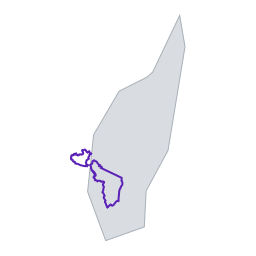 location of Ngatpang, Aimeliik, Palau
{"feature_id": "81905179B51358963868347", "entity_name": "Ngatpang", "entity_type": "district", "adm_level": 2, "iso_a3": "PLW", "parent_name": "Palau", "parent_adm1": "Aimeliik", "projection": "mercator", "projection_center": [134.507, 7.458], "detail": "fine", "context": "in_parent", "style": "outline", "palette": "violet", "viewbox_px": 256, "rotation_deg": 0, "n_neighbors": 0, "source": "geoboundaries", "source_scale": "gbopen_adm2", "svg_char_len": 4647}
<svg xmlns="http://www.w3.org/2000/svg" viewBox="0 0 256 256"><path d="M144.3,226.9L105.7,240.6L87.6,191.6L93.6,134.8L119.2,91.1L147.0,77.1L152.7,72.1L179.7,15.4L185.0,46.7L168.0,150.5L146.1,190.9L144.3,226.9Z" fill="#d9dde1" stroke="#a8b0b8" stroke-width="1"/><path d="M95.1,180.2L95.6,180.2L95.8,180.1L96.3,180.4L97.3,181.2L97.6,180.7L97.9,180.6L98.3,180.8L99.1,180.9L99.8,180.9L100.3,180.8L100.9,181.3L101.1,181.6L101.4,181.8L101.9,181.5L102.4,181.7L103.2,181.5L103.5,181.7L104.1,182.0L104.0,182.6L103.0,184.3L102.9,184.6L102.9,185.0L103.0,185.3L103.8,186.6L103.9,186.9L103.9,187.2L103.8,187.6L103.4,188.2L103.4,188.4L103.3,188.8L103.4,189.5L103.4,189.8L103.3,190.1L102.9,190.9L102.8,191.3L102.5,192.3L103.0,192.6L104.5,195.5L104.6,195.9L103.9,196.6L103.7,197.2L104.0,198.3L105.5,200.7L105.0,201.5L105.0,202.2L105.5,203.0L105.8,203.6L106.3,205.2L106.6,205.5L106.9,206.9L107.4,207.5L107.8,207.2L110.2,204.7L110.6,204.5L110.9,204.7L111.1,204.8L111.4,205.2L111.8,205.6L112.4,205.7L113.5,205.0L116.2,201.5L116.9,201.1L117.6,200.9L118.5,201.1L118.6,200.8L118.5,199.2L119.3,190.7L120.2,188.2L120.7,187.7L120.9,187.2L120.9,186.8L121.1,186.4L122.1,185.1L122.3,184.7L122.4,184.3L122.3,183.5L122.4,182.6L122.1,181.5L121.6,181.0L121.4,180.7L121.6,180.2L121.6,179.4L121.7,178.9L121.6,177.8L101.3,168.1L101.5,167.9L101.7,167.4L101.8,167.2L101.7,167.0L101.6,166.9L101.2,166.8L100.7,166.5L100.4,166.5L99.6,166.4L99.4,166.4L99.1,166.1L99.5,165.8L99.5,165.7L99.9,165.3L100.0,165.2L99.9,165.1L99.5,165.0L98.8,164.6L98.3,164.1L97.5,163.1L96.9,162.0L96.6,161.6L96.1,161.4L95.5,161.3L95.2,161.1L94.8,160.8L94.3,160.4L94.1,160.3L93.9,160.5L93.5,160.8L93.1,161.0L92.8,161.1L92.6,161.2L92.4,161.4L92.4,161.6L92.5,162.1L92.4,162.4L92.5,162.7L92.4,162.9L92.3,163.1L92.2,163.3L92.1,163.5L91.9,163.9L91.5,164.1L91.3,164.3L90.8,164.4L90.6,164.7L90.4,164.9L90.3,165.2L90.3,165.4L91.0,166.7L91.1,167.0L91.1,167.4L90.9,168.2L90.9,168.6L91.5,169.1L91.7,169.5L91.7,169.8L91.6,170.3L91.7,170.5L91.9,170.6L92.4,170.8L92.8,170.8L93.0,170.9L93.1,171.2L93.1,171.3L93.1,171.6L93.1,172.0L93.3,172.0L93.8,171.9L93.9,172.0L94.1,172.0L94.4,172.4L94.4,172.8L94.3,173.0L95.0,173.3L95.1,173.5L95.1,173.9L94.9,174.0L95.5,174.3L95.6,174.6L95.5,174.8L95.4,174.9L95.6,175.6L95.3,175.9L95.2,175.9L94.9,175.7L94.7,175.9L94.3,175.9L94.2,176.0L93.9,176.4L94.0,176.8L94.0,177.0L93.9,177.2L93.6,177.2L93.5,177.3L93.6,177.5L94.0,177.5L94.3,178.1L94.4,178.3L94.7,178.4L94.7,179.1L95.0,179.3L95.1,180.0L95.1,180.2ZM87.8,165.4L87.7,165.4L87.8,165.2L87.7,165.1L87.5,165.3L87.4,165.5L87.3,165.3L87.2,165.1L86.9,164.9L86.6,164.8L86.7,164.7L86.3,164.2L86.3,163.8L86.2,163.2L86.0,162.9L85.9,162.7L86.1,162.4L86.2,161.9L86.3,161.6L86.3,161.3L86.4,161.1L86.5,160.8L86.6,160.3L86.9,160.0L87.1,159.9L87.4,159.8L87.8,159.4L88.0,159.4L88.3,159.1L88.7,158.8L88.6,158.7L88.4,158.0L88.4,157.9L88.5,157.7L88.4,157.3L88.5,157.2L88.8,156.7L89.1,156.4L89.2,156.0L89.3,155.9L89.4,155.6L89.5,155.3L89.4,155.3L89.4,155.2L89.5,155.2L89.6,154.7L89.8,154.3L89.9,154.2L90.0,154.1L90.3,154.0L90.7,154.0L90.8,154.0L90.8,153.9L90.9,153.6L91.0,153.5L90.8,153.4L90.2,153.0L89.8,152.9L89.7,152.8L89.6,152.7L89.5,152.4L89.3,151.9L89.4,151.7L89.2,151.3L88.7,151.5L88.4,151.7L88.4,151.8L88.1,152.1L87.9,152.3L87.7,152.3L87.5,152.5L87.0,152.2L86.9,151.9L86.7,151.6L86.3,151.3L86.0,150.7L85.9,150.6L85.9,150.4L85.6,150.2L85.4,150.0L85.0,149.7L84.9,149.6L84.7,149.6L84.2,149.8L83.6,150.1L82.7,150.1L82.4,150.0L82.2,150.3L82.3,150.5L82.2,150.6L82.3,150.9L82.3,151.1L82.4,151.3L82.5,151.5L83.1,152.5L83.1,152.8L83.1,153.0L83.1,153.3L83.0,153.8L82.8,153.8L82.4,154.2L82.2,154.3L82.1,154.5L81.6,154.6L81.3,154.6L81.1,154.6L80.8,154.4L80.6,154.4L80.2,154.3L79.9,154.3L79.4,154.4L79.4,154.5L79.2,154.7L79.2,154.8L79.2,155.0L78.8,155.4L78.8,155.7L78.7,155.5L78.3,155.5L78.3,155.3L78.2,155.2L77.7,155.1L77.4,154.8L77.0,154.8L76.8,154.6L76.5,154.5L76.3,154.4L76.2,154.4L76.1,154.5L75.9,154.2L76.1,154.1L76.1,153.9L76.0,153.5L75.5,153.7L74.2,153.9L74.3,154.3L74.3,154.5L74.2,154.5L74.1,154.8L73.6,155.0L73.3,155.1L73.2,155.2L72.8,155.0L72.3,155.0L72.1,155.1L71.9,155.2L72.0,155.3L71.8,155.5L71.7,155.5L71.6,155.8L71.7,156.0L71.6,156.3L71.3,156.4L71.2,156.6L71.2,156.8L71.1,157.0L71.2,157.4L71.2,157.5L71.0,157.9L71.1,158.1L71.0,158.5L71.2,158.9L71.2,159.0L71.4,159.0L71.5,159.6L72.0,159.8L72.1,159.7L72.3,159.9L72.5,160.0L72.4,160.2L72.5,160.4L72.8,160.7L72.9,160.9L73.1,161.3L73.5,161.7L73.8,161.8L73.8,161.7L74.3,161.8L74.5,161.7L74.8,162.0L75.0,162.2L75.1,162.3L75.1,162.6L75.2,162.9L75.4,163.0L75.5,163.2L75.4,163.3L75.4,163.5L78.1,164.0L80.2,165.1L84.4,166.1L85.2,166.2L86.9,166.1L87.8,165.4Z" fill="none" stroke="#5b21b6" stroke-width="2"/></svg>